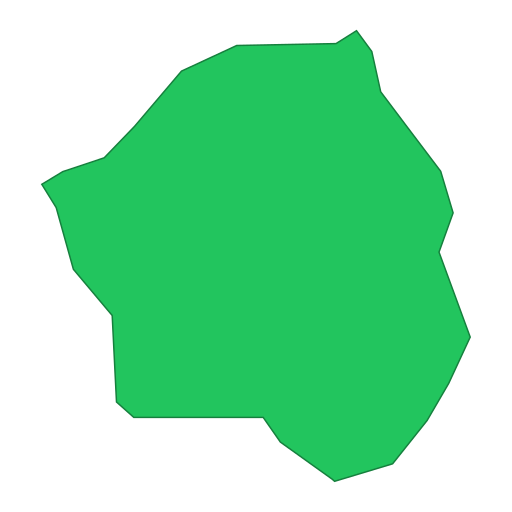 Perstorp, Skåne, Sweden
{"feature_id": "70781695B63196163664063", "entity_name": "Perstorp", "entity_type": "district", "adm_level": 2, "iso_a3": "SWE", "parent_name": "Sweden", "parent_adm1": "Skåne", "projection": "natural_earth1", "projection_center": [13.405, 56.216], "detail": "fine", "context": "isolated", "style": "filled", "palette": "green", "viewbox_px": 512, "rotation_deg": 0, "n_neighbors": 0, "source": "geoboundaries", "source_scale": "gbopen_adm2", "svg_char_len": 458}
<svg xmlns="http://www.w3.org/2000/svg" viewBox="0 0 512 512"><path d="M334.6,481.3L392.6,463.8L427.1,420.5L448.7,383.4L470.2,337.1L439.0,252.1L453.1,212.9L440.7,171.3L405.4,124.6L380.7,91.8L371.8,51.5L356.5,30.7L336.0,43.6L236.7,45.5L181.5,71.1L134.6,126.3L104.2,157.8L62.8,171.6L41.8,184.3L56.2,207.6L73.4,269.3L112.2,315.5L116.5,402.0L133.8,417.4L263.2,417.4L280.4,442.1L332.2,479.2L334.6,481.3Z" fill="#22c55e" stroke="#15803d" stroke-width="1.5"/></svg>